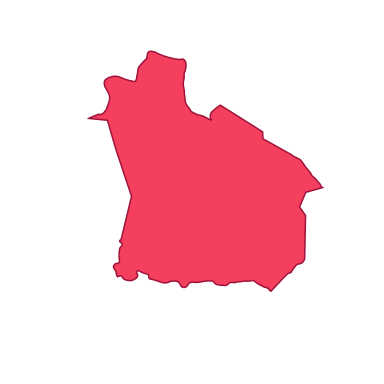 Camasca, Intibucá, Honduras (orthographic projection), rotated 210°
{"feature_id": "27666195B75939641956291", "entity_name": "Camasca", "entity_type": "district", "adm_level": 2, "iso_a3": "HND", "parent_name": "Honduras", "parent_adm1": "Intibucá", "projection": "orthographic", "projection_center": [-88.382, 14.0], "detail": "fine", "context": "isolated", "style": "filled", "palette": "rose", "viewbox_px": 384, "rotation_deg": 210, "n_neighbors": 0, "source": "geoboundaries", "source_scale": "gbopen_adm2", "svg_char_len": 5940}
<svg xmlns="http://www.w3.org/2000/svg" viewBox="0 0 384 384"><g transform="rotate(210 192 192)"><path d="M74.0,145.6L69.7,164.0L68.7,167.4L68.4,168.8L67.8,170.0L66.6,170.9L66.0,172.2L66.0,174.4L65.9,175.6L65.6,177.2L65.5,178.7L65.3,180.2L65.0,181.3L64.5,182.1L62.0,184.5L61.7,184.9L61.2,185.9L61.0,186.9L60.8,188.4L60.8,189.3L60.9,190.2L81.9,228.4L91.3,232.8L93.3,248.6L81.1,261.1L82.2,261.2L82.7,261.4L83.2,261.5L83.8,261.9L84.8,262.7L85.2,262.9L86.9,263.5L88.7,264.0L90.2,264.7L93.1,265.5L95.4,265.9L96.3,266.2L97.1,266.6L98.9,267.7L100.1,268.3L101.0,268.6L103.9,269.6L106.7,270.7L112.5,273.5L113.4,273.8L114.1,274.0L115.3,274.0L118.2,274.0L119.6,273.9L121.6,273.7L122.4,273.7L123.7,274.0L156.9,273.6L157.2,273.7L160.9,279.4L210.9,281.4L212.0,279.2L213.3,276.1L214.8,271.6L215.0,270.7L215.0,270.1L215.0,269.5L214.8,268.7L214.5,267.8L214.3,267.2L212.5,264.6L212.3,264.5L212.1,264.4L211.9,264.3L211.7,264.4L211.4,264.2L211.5,263.9L211.8,263.8L213.3,263.6L220.1,263.3L220.6,263.2L226.3,261.7L226.9,261.6L228.5,261.5L233.3,261.2L233.5,261.3L233.8,261.8L234.1,262.1L236.0,263.0L239.4,264.4L240.3,264.8L241.4,265.5L241.9,265.9L242.4,266.3L242.7,266.6L242.9,267.1L243.1,267.3L243.8,267.9L244.1,268.3L244.5,268.9L245.3,270.1L245.7,270.7L246.7,271.9L247.7,273.3L248.7,274.7L249.4,276.0L251.7,278.7L252.6,279.7L253.3,280.8L253.9,281.9L254.3,282.6L254.7,283.5L255.2,285.0L255.9,286.8L256.2,287.5L256.5,288.2L257.1,288.9L257.4,289.5L258.0,290.6L258.2,291.4L258.4,292.8L258.6,293.7L259.0,295.3L259.2,295.8L259.4,296.4L259.6,296.8L260.0,297.1L260.1,297.4L260.1,297.6L260.2,298.1L260.3,298.4L261.2,299.6L262.0,300.9L262.2,301.1L262.6,301.4L263.4,302.0L264.2,302.3L264.6,302.4L265.5,302.6L266.1,302.6L266.7,302.5L267.4,301.8L268.0,301.3L268.4,300.9L268.9,300.6L274.3,298.3L275.9,298.0L277.9,297.3L280.1,296.7L282.3,296.2L284.6,295.7L286.2,295.4L287.9,295.2L289.5,294.9L293.6,294.8L297.6,293.6L298.1,293.2L298.9,292.6L299.4,292.1L299.7,291.6L299.8,291.0L299.8,290.4L299.7,289.9L298.2,285.2L298.1,284.9L298.1,284.6L298.3,283.8L298.7,282.5L299.1,281.1L300.0,277.0L300.3,275.4L300.5,274.4L300.5,273.8L300.5,273.1L300.4,272.4L300.1,271.3L299.5,269.7L298.5,267.6L298.3,266.8L297.7,264.8L296.8,262.5L296.6,261.8L296.3,260.6L296.3,260.4L296.5,260.2L296.5,259.8L296.6,259.5L296.7,259.2L296.9,259.0L297.1,258.9L297.4,258.7L300.2,257.8L303.2,256.9L304.4,256.6L306.8,256.1L307.9,255.9L309.4,255.8L310.7,255.5L311.9,255.4L313.0,255.2L314.4,254.8L315.8,254.2L316.9,253.5L318.2,252.6L318.7,252.2L320.0,250.8L320.9,250.0L321.1,249.7L321.7,248.6L322.9,246.5L323.2,245.7L323.2,245.2L323.2,244.6L323.1,243.9L322.8,243.1L322.4,242.4L322.0,241.7L321.3,240.9L320.5,240.0L319.4,239.3L314.5,236.4L314.2,236.2L312.8,235.1L311.7,234.1L311.0,233.3L310.5,232.6L310.0,231.7L309.5,230.5L309.2,229.5L308.9,228.6L308.7,227.6L308.4,226.0L308.2,224.6L308.0,223.0L307.7,222.1L307.5,221.2L307.5,220.7L307.5,220.2L307.8,218.1L308.0,216.4L308.2,215.9L308.7,215.0L309.3,214.1L309.7,213.6L310.0,213.4L310.4,213.1L311.1,212.9L311.4,212.8L312.0,212.3L312.5,211.8L314.4,209.3L317.0,205.9L317.9,204.8L318.2,204.1L301.1,211.8L278.8,190.5L242.2,158.0L229.5,115.0L229.9,114.8L230.1,114.4L230.3,113.9L230.2,113.6L230.1,113.3L229.9,113.1L229.5,112.8L228.9,112.7L228.1,112.5L227.2,112.5L226.9,112.5L226.6,112.3L226.4,112.0L226.2,111.6L226.1,111.2L226.0,110.5L226.0,110.1L226.2,109.4L226.3,108.9L226.4,108.1L226.4,107.5L226.1,106.3L225.1,103.7L224.7,102.9L222.4,98.8L221.6,97.8L220.4,96.1L219.9,95.4L219.8,95.0L219.7,94.7L219.8,94.3L219.9,94.1L220.9,93.1L221.9,92.3L222.2,91.9L222.4,91.6L222.7,90.8L222.9,89.7L222.9,88.9L222.9,88.6L222.9,88.4L222.6,87.9L222.3,87.6L222.0,87.3L221.5,86.9L220.7,86.4L219.3,85.8L218.8,85.5L218.3,85.2L217.4,84.3L216.4,83.0L216.0,82.6L215.3,82.0L214.3,81.4L213.4,82.2L212.2,83.5L211.7,83.9L211.3,84.0L210.9,84.1L210.4,84.0L210.1,83.8L209.7,83.4L209.4,83.1L208.9,82.9L208.4,82.7L207.9,82.6L207.4,82.6L206.1,82.6L205.3,82.8L204.2,83.0L203.3,83.4L202.3,83.8L201.6,84.1L200.9,84.5L200.2,85.1L199.7,85.5L198.9,86.5L198.4,87.3L197.9,88.0L197.6,88.8L197.2,89.6L197.0,90.2L196.9,90.8L196.9,91.3L197.0,91.9L197.2,92.4L197.5,92.8L197.8,93.2L198.2,93.5L198.6,93.8L199.2,94.1L199.4,94.2L199.7,94.6L200.0,95.0L200.0,95.5L200.0,95.9L199.9,96.1L199.6,96.6L199.3,96.9L199.0,97.0L198.7,97.1L197.9,97.2L195.9,97.3L194.8,97.4L192.9,97.7L190.4,98.3L189.3,98.5L188.7,98.5L188.3,98.4L188.0,98.3L187.7,98.1L187.5,97.9L187.1,97.4L186.9,96.7L186.6,96.2L186.3,96.0L186.0,95.8L185.6,95.7L185.3,95.6L185.0,95.7L184.1,95.9L182.0,96.6L180.9,96.9L179.1,97.3L175.2,98.1L172.2,98.8L171.5,99.0L170.8,99.3L169.7,99.9L169.1,100.3L168.5,100.8L167.6,101.7L166.8,102.8L166.2,103.5L165.5,104.2L164.6,104.9L163.7,105.6L162.7,106.2L161.6,106.7L160.8,107.0L160.0,107.2L159.3,107.2L158.5,107.1L157.7,107.0L157.0,106.7L156.4,106.4L155.9,106.0L155.2,105.5L154.8,105.3L154.3,105.0L153.8,104.9L153.1,104.8L152.5,104.9L151.9,105.0L151.3,105.3L150.8,105.6L150.2,106.1L149.8,106.6L149.5,107.3L149.3,107.9L149.1,108.5L149.1,109.1L149.2,110.4L149.1,110.9L149.0,111.3L148.8,111.9L148.4,112.4L148.0,112.9L147.5,113.3L146.7,113.9L145.7,114.5L143.1,115.8L142.1,116.4L141.2,117.1L139.6,118.3L137.4,120.3L135.3,121.9L133.2,123.3L132.2,123.9L131.3,124.4L130.4,124.7L129.7,125.0L129.3,125.1L128.8,125.1L128.3,125.0L127.8,124.9L126.7,124.3L126.1,124.2L125.4,124.1L124.6,124.2L122.6,124.8L120.6,125.6L118.3,126.7L116.3,127.8L115.9,128.1L115.6,128.4L115.1,129.0L114.8,129.7L114.5,131.0L114.2,131.7L113.7,132.5L113.1,133.1L112.5,133.5L111.9,133.9L111.2,134.2L110.3,134.5L109.7,134.9L109.0,135.5L108.0,136.6L107.6,137.0L105.2,138.5L104.4,139.2L102.9,140.4L101.9,141.2L101.2,141.6L99.1,142.6L98.3,143.1L97.3,143.9L96.1,145.1L95.7,145.4L95.3,145.6L94.5,145.9L93.9,146.0L93.3,146.0L92.6,145.9L90.6,145.6L89.3,145.5L87.7,145.4L85.2,145.6L83.1,145.7L81.8,145.8L81.1,146.0L80.2,146.3L79.5,146.5L79.0,146.5L78.5,146.6L77.8,146.5L77.4,146.4L76.2,145.9L75.6,145.7L74.8,145.6L74.0,145.6Z" fill="#f43f5e" stroke="#9f1239" stroke-width="1.5"/></g></svg>